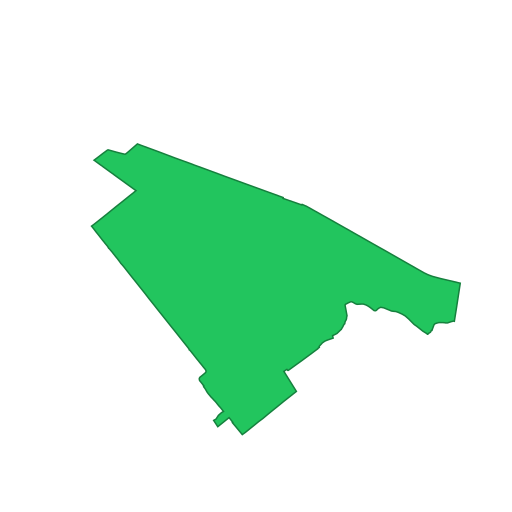 the district of Valea Ciorii, Ialomita, Romania, rotated 320°
{"feature_id": "2599482B71161543581050", "entity_name": "Valea Ciorii", "entity_type": "district", "adm_level": 2, "iso_a3": "ROU", "parent_name": "Romania", "parent_adm1": "Ialomita", "projection": "orthographic", "projection_center": [27.536, 44.736], "detail": "fine", "context": "isolated", "style": "filled", "palette": "green", "viewbox_px": 512, "rotation_deg": 320, "n_neighbors": 0, "source": "geoboundaries", "source_scale": "gbopen_adm2", "svg_char_len": 3870}
<svg xmlns="http://www.w3.org/2000/svg" viewBox="0 0 512 512"><g transform="rotate(320 256 256)"><path d="M287.3,360.3L292.7,350.8L293.6,350.5L294.5,350.8L296.2,351.1L299.0,351.9L299.8,352.5L300.5,353.8L301.5,356.6L302.4,358.0L305.9,360.6L307.4,361.9L308.9,364.4L309.8,366.8L310.3,368.5L311.4,373.8L311.8,374.2L312.4,374.8L313.2,375.0L313.8,375.0L314.9,374.8L317.1,375.0L318.6,375.5L320.6,377.9L322.2,381.0L323.6,383.6L324.3,385.1L325.8,386.8L327.4,388.4L328.7,390.5L330.6,394.5L331.8,397.9L332.5,402.5L333.1,409.8L333.4,411.2L333.9,412.8L334.7,416.8L335.5,420.8L336.9,425.1L337.0,426.1L337.3,426.4L338.3,426.2L340.7,426.5L342.2,425.9L342.7,425.8L343.0,426.1L344.0,425.5L345.0,424.9L348.2,423.1L348.9,423.0L349.7,423.0L350.2,423.2L351.1,423.5L353.4,424.6L357.2,427.9L358.2,429.1L359.7,430.4L361.6,431.1L363.8,432.0L365.7,433.0L366.0,433.5L376.7,424.2L380.9,420.5L394.0,409.0L395.0,408.1L382.9,391.9L378.2,385.2L376.8,382.8L376.0,381.4L375.3,380.0L374.7,378.6L374.6,378.4L373.9,376.9L365.5,354.2L358.1,334.2L358.0,333.9L355.5,327.4L338.4,281.5L326.5,250.0L326.0,249.2L325.6,248.3L324.5,246.1L323.9,246.3L313.7,229.2L314.4,228.7L301.3,206.0L297.9,200.1L295.4,195.8L289.6,185.7L283.8,175.7L272.2,155.3L267.2,146.7L266.1,144.6L257.0,128.9L248.1,113.0L245.4,108.3L238.8,96.8L238.6,96.4L237.2,93.9L231.1,94.0L225.7,94.1L223.0,94.1L221.4,94.0L221.0,93.8L220.8,93.5L220.1,92.6L218.1,89.9L215.6,86.4L212.8,82.3L211.0,79.7L210.7,79.5L210.3,79.4L209.6,79.3L207.5,79.2L204.4,79.0L199.2,78.8L193.5,78.5L200.6,107.0L202.4,114.1L202.9,116.2L206.1,128.8L197.4,128.6L192.1,128.5L184.4,128.3L180.8,128.2L174.6,128.1L167.4,128.0L152.1,127.6L149.2,127.4L149.2,128.8L148.9,135.5L148.9,137.1L148.6,145.6L148.6,147.4L148.5,149.4L148.5,153.4L148.4,153.8L148.3,154.3L148.2,154.6L148.2,155.1L148.1,155.4L148.2,155.7L148.3,156.3L148.3,156.9L148.3,158.1L148.3,159.3L148.3,161.3L148.2,162.3L148.2,163.9L148.1,166.3L148.1,169.2L148.0,170.5L147.9,172.6L147.8,173.9L147.7,174.8L147.8,176.3L147.8,180.4L147.7,182.6L147.4,192.5L147.2,201.4L147.1,204.3L146.9,212.6L146.6,219.8L146.4,228.4L146.2,234.6L146.1,239.1L145.9,247.0L145.8,250.7L145.7,254.3L145.6,259.3L145.5,263.6L145.4,267.0L145.2,274.8L145.0,282.8L144.9,283.5L144.9,284.1L144.7,284.5L144.6,284.8L144.5,285.0L144.6,285.3L144.8,285.7L144.8,286.4L144.5,297.1L144.5,297.7L144.5,299.5L144.4,301.5L144.4,304.9L144.3,307.2L144.3,310.1L144.2,311.0L144.1,311.4L143.9,311.7L143.7,312.1L143.3,312.5L142.7,312.8L141.7,312.9L140.1,312.9L138.9,312.9L137.1,312.9L135.4,312.8L134.8,312.9L134.3,313.1L133.9,313.3L133.5,313.7L133.2,314.2L132.9,314.7L132.7,315.4L132.7,317.5L132.6,320.9L132.6,321.8L132.2,321.8L132.2,322.5L131.9,322.7L131.8,323.0L131.8,324.4L131.5,326.4L131.4,326.9L131.2,327.9L131.0,329.2L130.9,331.1L130.9,335.5L131.0,336.4L131.1,337.2L131.1,338.8L131.3,341.4L131.3,342.6L131.2,345.6L131.2,347.9L131.3,348.6L131.3,350.4L131.2,354.2L128.9,353.8L124.8,353.9L120.7,355.2L119.8,355.1L117.9,354.7L117.0,362.2L131.5,362.5L131.3,368.5L130.8,368.5L130.8,370.0L130.8,373.9L130.7,383.4L130.7,384.0L134.7,384.3L140.4,384.4L145.1,384.5L151.8,384.6L156.7,384.9L157.9,384.9L163.0,384.9L170.2,385.0L170.8,385.0L174.7,385.1L183.4,385.2L199.9,385.7L203.2,362.3L206.5,362.6L206.8,362.7L206.8,363.9L206.9,364.2L207.3,364.4L217.3,365.1L223.8,365.6L243.7,366.8L243.8,366.6L245.8,366.7L246.1,366.0L246.3,365.9L247.1,365.7L248.1,365.6L249.8,365.4L251.0,365.2L252.0,365.3L253.1,365.4L254.0,365.5L254.8,365.7L255.7,366.0L256.9,366.4L261.3,368.1L262.3,368.5L263.5,366.2L265.2,366.7L268.2,367.4L269.5,367.3L271.1,367.2L273.6,367.0L274.1,367.1L275.0,366.7L276.8,366.1L278.4,365.4L279.5,364.9L280.3,365.0L281.0,364.5L281.5,364.0L282.1,363.6L282.4,363.5L282.7,363.3L283.7,363.0L283.9,362.9L284.2,362.7L284.3,362.7L284.6,362.5L284.8,362.4L285.7,361.6L286.0,361.2L286.3,361.0L286.7,360.7L287.2,360.3L287.3,360.3Z" fill="#22c55e" stroke="#15803d" stroke-width="1.5"/></g></svg>